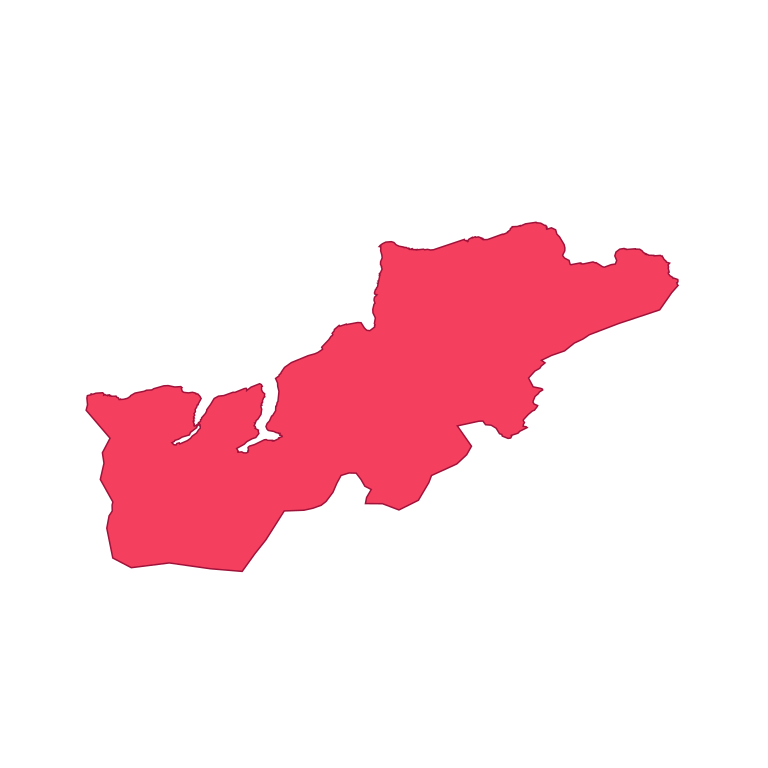 outline of Vik nor, Sogn og Fjordane, Norway, rotated 342°
{"feature_id": "86288312B68620067445368", "entity_name": "Vik nor", "entity_type": "district", "adm_level": 2, "iso_a3": "NOR", "parent_name": "Norway", "parent_adm1": "Sogn og Fjordane", "projection": "natural_earth1", "projection_center": [6.553, 61.028], "detail": "fine", "context": "isolated", "style": "filled", "palette": "rose", "viewbox_px": 768, "rotation_deg": 342, "n_neighbors": 0, "source": "geoboundaries", "source_scale": "gbopen_adm2", "svg_char_len": 6145}
<svg xmlns="http://www.w3.org/2000/svg" viewBox="0 0 768 768"><g transform="rotate(342 384 384)"><path d="M191.2,518.4L208.9,505.4L223.4,495.8L249.9,473.9L268.8,479.3L278.0,480.2L286.9,479.9L292.6,477.8L302.0,471.2L308.3,464.0L314.9,457.7L323.2,457.8L330.0,460.2L332.6,467.6L334.2,475.3L339.3,480.4L332.4,486.5L329.4,492.0L345.6,497.4L359.3,508.4L380.8,505.2L396.2,491.6L400.9,485.7L428.6,482.5L440.8,476.8L448.0,470.2L440.8,446.5L462.7,448.7L466.6,449.8L468.0,454.1L473.2,456.3L477.0,460.7L478.5,467.0L480.4,468.3L480.4,470.1L485.2,474.1L487.8,474.5L489.4,472.9L489.2,472.2L496.2,472.2L498.5,470.9L506.7,469.7L505.9,468.5L503.3,467.3L504.2,465.3L505.7,464.1L505.1,462.0L505.5,461.1L511.9,457.5L516.9,455.5L519.0,455.4L522.9,452.7L523.5,452.0L520.6,449.5L520.1,447.4L520.6,446.3L523.8,442.5L527.7,440.9L529.4,439.6L533.1,438.7L533.1,437.8L531.9,436.7L525.0,432.8L523.3,423.0L531.5,418.3L537.0,417.2L539.0,415.5L543.7,413.7L541.0,410.1L552.1,408.6L566.0,408.3L577.6,403.9L587.1,402.7L594.5,400.6L626.0,399.0L669.1,398.7L685.9,386.0L694.2,381.1L693.7,380.1L693.7,378.2L694.5,378.2L695.4,377.0L695.7,375.4L692.4,372.9L691.6,372.9L691.4,371.7L689.4,369.4L688.5,366.9L689.0,365.7L689.8,365.7L690.1,361.5L690.8,360.8L690.9,358.6L693.0,357.3L690.3,355.4L690.1,354.0L688.9,352.2L688.1,348.2L687.4,348.2L686.6,347.1L680.5,345.6L680.5,345.1L675.5,343.3L674.7,342.2L673.6,342.0L673.6,341.3L672.8,341.3L673.0,340.8L671.4,339.2L670.5,336.9L668.8,334.8L664.9,333.5L664.9,333.1L655.9,330.9L655.8,330.2L654.7,330.0L654.3,329.3L649.8,328.6L645.4,330.2L643.1,333.5L643.5,338.4L641.1,341.4L637.0,340.7L629.5,341.0L627.9,339.8L623.2,334.1L622.4,334.1L620.5,332.5L610.7,331.4L608.8,330.7L608.8,330.0L608.0,330.0L608.0,329.5L598.6,328.3L598.0,327.6L598.2,323.7L594.6,320.0L593.7,317.4L593.8,316.6L597.1,313.2L598.1,310.4L598.4,307.1L596.4,298.3L594.7,294.8L594.9,290.4L591.5,287.2L585.9,287.1L587.2,286.6L586.9,285.7L586.2,285.7L587.5,285.2L586.8,283.1L586.1,283.1L582.8,279.5L578.7,277.7L578.6,277.2L568.1,275.4L562.5,275.9L562.5,275.4L559.5,275.4L554.5,274.0L554.2,274.7L552.3,275.2L551.7,276.4L548.4,277.6L548.4,278.1L543.6,278.6L543.5,278.2L542.4,278.1L527.1,278.6L522.9,277.4L521.7,275.8L522.5,275.8L519.3,273.3L516.7,272.9L516.3,272.2L513.3,272.3L513.3,271.8L509.6,272.5L508.1,273.4L507.9,274.4L507.4,274.4L506.6,272.9L505.9,272.9L504.9,271.8L505.0,271.3L472.5,271.6L469.5,270.9L467.1,269.4L464.1,268.9L463.3,268.0L457.3,266.7L457.2,266.3L456.1,266.5L456.1,266.1L453.1,265.2L453.0,264.5L451.9,264.5L452.2,264.0L450.0,263.9L449.9,262.9L449.2,263.0L449.1,262.3L448.4,262.3L447.2,260.9L445.3,260.5L445.3,260.0L440.8,257.5L438.5,255.3L437.2,252.5L435.0,250.9L429.5,249.6L426.0,250.1L423.5,250.9L423.3,251.8L422.4,251.6L423.2,251.0L422.1,251.7L423.4,252.1L422.8,252.8L423.1,253.5L422.0,256.1L421.8,260.8L421.2,263.6L418.5,266.7L417.6,269.3L418.1,271.3L417.7,271.6L417.7,274.1L414.9,277.2L413.8,277.5L413.9,279.1L413.1,279.1L413.0,280.4L410.8,284.3L410.1,284.3L410.3,285.0L409.8,286.2L409.0,286.2L409.3,286.9L407.9,289.5L406.7,290.2L406.0,291.4L405.2,291.4L403.0,294.5L403.1,295.7L404.9,297.0L401.9,298.5L401.1,299.7L400.4,301.3L400.4,304.4L399.1,305.1L396.4,309.6L395.5,312.9L396.2,318.5L393.5,323.6L393.8,325.0L392.9,325.8L392.8,326.9L387.0,328.9L384.2,327.6L382.7,324.8L381.1,318.6L378.0,317.4L366.7,315.9L366.7,315.4L359.2,315.4L359.9,315.1L359.5,314.4L353.7,316.8L353.0,318.1L350.3,319.8L350.6,321.2L349.9,321.9L348.4,322.3L345.2,324.8L336.5,329.5L336.0,330.1L336.4,330.6L336.3,332.0L330.8,333.6L327.5,333.9L320.7,333.6L302.5,335.0L294.5,337.5L289.6,341.3L289.1,342.2L287.3,342.7L286.6,343.9L282.6,345.2L283.1,350.1L282.2,353.3L281.8,358.6L277.7,367.9L276.8,368.4L274.9,371.7L274.2,371.7L272.6,376.0L268.3,379.6L267.2,379.8L263.7,383.7L260.7,385.4L258.6,388.0L258.8,390.8L259.6,392.4L264.6,395.1L266.4,396.9L268.5,398.0L268.4,398.5L269.9,398.9L269.1,400.5L270.8,401.4L270.9,402.6L267.2,402.7L267.2,403.4L261.7,404.2L261.6,403.8L260.3,403.7L260.5,403.1L255.9,401.6L254.7,400.4L252.8,400.1L242.1,401.6L236.9,401.5L235.1,402.3L234.5,405.6L233.8,405.6L233.5,406.8L231.7,407.0L229.0,406.0L227.8,404.6L224.0,403.8L224.0,403.3L224.7,403.3L223.9,399.8L232.4,398.1L235.8,396.4L241.7,395.3L245.5,395.3L249.7,392.4L249.8,389.8L250.3,389.1L247.7,386.4L248.4,385.7L248.3,384.5L247.5,383.6L249.3,381.7L249.0,381.0L249.8,381.0L251.3,379.1L253.0,378.6L257.6,374.9L259.9,370.2L259.9,367.7L260.4,366.5L261.2,366.5L261.1,365.1L261.8,365.0L262.1,363.9L262.9,363.8L263.3,362.2L265.4,359.8L266.7,359.3L266.5,358.6L267.5,356.5L266.2,354.4L265.7,351.9L266.8,348.6L267.5,348.6L267.2,346.7L265.8,345.3L256.5,345.9L251.4,347.8L251.9,346.6L251.6,345.5L249.8,345.2L239.7,345.9L237.8,345.2L228.1,345.5L222.8,344.4L218.0,345.3L212.7,349.9L207.6,353.6L206.9,355.0L205.0,356.9L200.1,359.8L199.6,361.0L198.5,361.3L197.9,362.9L195.7,363.4L196.5,366.2L195.8,366.7L196.2,367.5L195.5,369.4L193.5,370.3L190.6,372.7L185.5,374.3L183.2,375.9L179.5,377.1L171.3,377.9L171.1,376.7L168.6,376.6L167.4,377.7L165.5,376.9L164.1,374.3L166.9,373.8L167.6,373.0L171.7,373.0L175.6,372.1L183.2,372.3L185.0,370.2L192.4,367.6L192.9,366.5L194.4,365.9L195.0,364.8L194.6,364.5L193.5,364.9L193.6,365.4L190.6,365.4L190.5,364.3L191.2,363.8L190.9,361.7L191.8,360.5L191.2,360.3L192.2,359.1L192.3,357.7L193.1,357.7L192.8,356.3L194.4,355.1L194.1,353.5L196.1,352.0L196.5,349.9L198.8,348.0L199.8,346.3L200.9,346.3L201.1,345.6L205.6,341.3L205.1,338.7L203.8,335.9L202.1,335.3L202.2,334.6L199.3,332.7L195.2,332.0L190.9,330.0L189.9,328.6L189.9,325.6L190.8,325.1L190.0,323.7L184.1,322.2L178.2,318.8L174.1,317.7L163.6,317.3L161.4,317.9L156.1,316.5L153.8,316.8L144.4,315.7L139.3,316.8L138.9,317.4L135.6,318.3L131.9,318.1L128.8,317.4L128.8,316.9L127.3,317.0L127.0,315.0L125.8,314.1L125.5,312.8L120.6,311.3L120.5,310.4L119.4,310.4L119.4,309.7L118.2,309.7L118.6,309.3L116.3,308.9L115.5,307.9L114.0,308.0L114.5,307.0L113.8,305.4L107.1,303.7L103.9,303.8L102.4,302.9L102.0,303.7L98.3,303.4L97.1,305.5L95.6,312.2L92.6,316.9L106.7,350.9L94.9,362.4L93.2,372.8L84.7,387.1L89.7,412.4L88.0,415.1L86.3,420.8L81.8,424.4L75.8,435.5L72.3,465.7L86.9,480.6L124.4,487.8L161.9,506.1L191.2,518.4Z" fill="#f43f5e" stroke="#9f1239" stroke-width="1.5"/></g></svg>